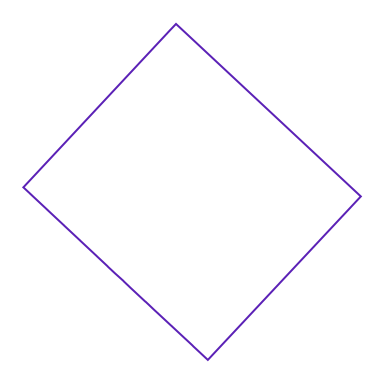 outline of Pipestone, Minnesota, United States of America, rotated 313°
{"feature_id": "52423323B28464929299777", "entity_name": "Pipestone", "entity_type": "district", "adm_level": 2, "iso_a3": "USA", "parent_name": "United States of America", "parent_adm1": "Minnesota", "projection": "natural_earth1", "projection_center": [-96.389, 44.023], "detail": "fine", "context": "isolated", "style": "outline", "palette": "violet", "viewbox_px": 384, "rotation_deg": 313, "n_neighbors": 0, "source": "geoboundaries", "source_scale": "gbopen_adm2", "svg_char_len": 409}
<svg xmlns="http://www.w3.org/2000/svg" viewBox="0 0 384 384"><g transform="rotate(313 192 192)"><path d="M303.9,318.5L304.0,65.7L295.5,65.6L80.4,65.5L80.1,180.7L80.0,182.1L80.0,190.1L80.0,191.4L80.2,202.2L80.1,203.6L80.0,212.5L80.0,213.8L80.0,223.0L80.0,224.6L80.0,232.5L80.1,233.0L80.0,244.4L80.0,245.7L80.1,297.0L80.0,298.2L80.0,318.1L303.9,318.5Z" fill="none" stroke="#5b21b6" stroke-width="2"/></g></svg>